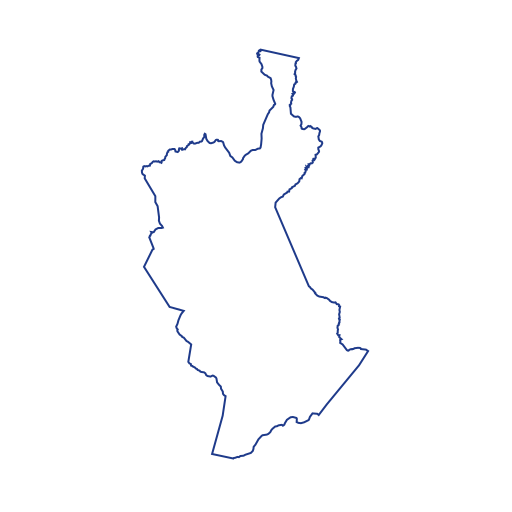 Chibabava, Sofala, Mozambique (Robinson projection), rotated 12°
{"feature_id": "85939544B25886081823580", "entity_name": "Chibabava", "entity_type": "district", "adm_level": 2, "iso_a3": "MOZ", "parent_name": "Mozambique", "parent_adm1": "Sofala", "projection": "robinson", "projection_center": [33.963, -20.299], "detail": "fine", "context": "isolated", "style": "outline", "palette": "blue", "viewbox_px": 512, "rotation_deg": 12, "n_neighbors": 0, "source": "geoboundaries", "source_scale": "gbopen_adm2", "svg_char_len": 6081}
<svg xmlns="http://www.w3.org/2000/svg" viewBox="0 0 512 512"><g transform="rotate(12 256 256)"><path d="M256.8,53.5L218.1,53.2L217.8,53.6L218.0,54.2L217.7,54.7L217.2,54.6L216.9,53.8L216.1,54.6L216.1,56.3L215.0,57.5L215.0,57.9L215.6,58.1L216.4,58.0L217.5,58.3L217.4,58.8L216.0,59.4L216.2,60.7L216.4,61.0L218.2,61.3L218.7,64.1L219.1,65.1L221.5,67.2L222.9,69.6L223.2,70.8L222.5,72.5L222.9,74.5L226.8,76.9L229.3,77.3L230.3,78.1L233.3,79.0L234.2,80.5L234.8,82.3L234.9,83.8L236.2,86.7L238.7,90.0L238.6,95.0L238.9,96.3L240.7,99.6L243.2,103.2L243.1,103.7L242.1,104.6L241.9,106.5L239.0,110.9L238.9,112.9L238.1,114.7L235.8,126.2L236.2,129.6L235.9,135.3L237.1,140.0L237.8,145.8L237.9,149.0L237.4,150.0L235.4,150.7L233.4,152.4L230.7,153.0L229.1,154.1L227.1,157.2L224.9,159.2L224.1,160.3L223.0,163.0L223.1,163.9L222.1,166.4L221.4,167.4L220.4,168.1L217.9,168.2L215.4,167.2L212.4,164.5L210.1,163.5L208.3,160.6L203.2,156.2L201.7,154.4L200.2,151.6L199.8,151.3L198.0,150.8L195.5,151.5L195.1,151.4L194.6,150.3L193.4,150.4L192.6,150.9L191.6,153.1L190.7,153.9L188.5,155.1L187.1,155.1L184.7,153.6L183.0,151.7L181.3,147.4L180.5,147.1L180.2,148.2L180.7,150.4L179.8,152.0L179.3,154.8L178.8,155.4L177.4,155.8L176.4,157.2L175.0,157.5L172.9,158.8L171.6,158.9L170.0,157.9L169.9,157.4L169.5,157.5L169.2,158.9L168.6,159.1L168.4,158.3L168.0,158.3L168.0,159.7L167.0,160.6L167.3,160.9L167.1,161.3L165.6,162.9L165.7,163.8L164.9,164.8L164.4,166.4L163.6,166.4L161.6,167.5L161.3,167.3L161.1,166.1L160.2,166.6L158.6,166.6L158.4,167.5L158.7,169.1L157.8,170.6L155.5,170.5L155.1,169.4L154.1,168.3L152.0,168.7L150.6,169.6L149.6,169.7L148.3,171.3L148.5,172.3L147.8,172.9L147.6,174.8L147.8,175.9L146.7,177.8L146.8,179.4L146.5,179.9L146.3,181.2L144.6,182.0L143.9,182.7L143.9,183.3L144.2,183.9L144.1,184.5L143.0,184.2L142.1,184.4L141.0,183.5L139.7,184.3L138.5,184.1L137.3,184.7L136.3,184.6L135.5,185.3L134.7,186.9L133.4,188.0L133.4,189.7L132.1,190.1L131.2,190.9L129.9,190.9L129.2,191.4L128.0,191.3L127.2,192.0L127.4,194.1L126.6,196.3L127.2,198.3L128.1,199.5L130.6,200.5L131.0,203.2L145.1,218.4L146.3,224.2L149.4,227.7L153.2,238.5L153.7,241.7L155.3,244.3L157.8,246.1L159.0,247.6L157.7,248.3L154.6,248.9L152.2,250.9L151.0,253.9L150.3,254.2L148.5,254.3L149.3,255.2L148.5,256.7L148.5,257.9L148.0,258.3L148.1,258.9L147.7,259.9L154.3,269.9L154.4,270.5L153.4,271.3L148.7,289.9L182.1,323.8L196.7,324.7L195.1,327.8L194.5,329.6L193.5,335.0L193.3,338.7L192.6,341.7L193.6,343.4L194.7,344.1L194.5,345.1L194.8,346.0L197.6,348.7L200.1,349.8L200.6,350.5L202.4,350.9L205.7,353.6L207.4,354.1L211.0,356.0L211.8,373.6L213.2,374.9L214.7,375.2L215.3,376.7L216.7,376.8L217.0,377.2L219.3,377.7L220.6,378.6L221.8,378.8L222.6,379.6L224.7,379.9L225.5,380.6L226.4,380.8L229.4,380.6L230.9,381.3L232.0,382.8L233.5,383.5L236.6,383.4L238.4,382.0L239.4,382.0L242.1,383.2L242.8,384.1L244.2,387.7L246.6,389.7L248.7,391.0L249.4,393.1L251.7,395.5L252.3,397.5L252.7,398.0L253.7,398.8L255.4,399.4L256.6,419.2L254.2,458.8L275.9,458.8L276.1,458.3L277.6,457.7L279.6,456.4L281.1,456.3L282.3,454.9L285.4,453.9L286.9,452.6L291.9,449.7L293.4,447.3L293.6,445.3L293.4,443.1L294.7,440.6L296.5,434.8L298.9,430.8L299.6,430.0L303.8,428.4L305.1,427.4L306.6,425.3L307.2,423.1L308.1,421.5L310.2,418.8L312.0,418.1L313.2,417.0L315.9,415.9L316.6,415.8L317.5,416.4L318.0,416.1L318.8,415.0L319.0,413.6L320.3,409.8L323.3,406.6L325.5,405.8L329.2,406.0L329.8,406.8L330.3,410.0L332.2,410.4L334.7,410.2L337.6,408.7L341.4,405.7L341.8,405.1L342.2,402.1L344.0,398.2L348.8,397.6L350.4,398.5L356.1,386.4L379.5,341.5L385.4,325.7L383.0,324.7L378.0,325.2L377.6,324.6L376.8,324.3L374.8,324.6L371.4,325.8L370.8,326.6L369.4,327.0L369.2,327.4L368.4,327.3L366.8,328.3L366.3,329.2L365.8,329.5L364.5,329.2L359.1,324.5L356.4,323.5L356.2,321.7L355.7,320.7L355.9,320.2L356.9,319.6L354.3,318.1L354.1,316.1L353.0,316.5L351.5,315.0L351.9,314.1L351.5,312.2L351.5,310.8L350.6,309.3L350.4,307.2L351.2,306.5L351.0,305.4L351.4,305.0L351.1,304.1L351.5,303.3L351.1,302.3L351.2,300.9L350.5,300.6L350.1,299.8L350.7,299.1L350.6,298.7L349.4,295.7L349.6,293.3L348.8,291.4L348.8,288.0L347.7,287.9L347.6,286.8L346.8,286.1L345.0,286.3L343.4,284.8L342.2,285.3L339.7,285.3L337.5,284.4L336.7,283.6L333.9,282.4L332.6,282.3L332.3,282.8L331.7,282.8L330.7,282.3L326.3,282.5L324.2,282.0L321.9,280.5L321.4,280.0L321.6,279.7L318.3,277.1L316.4,276.3L315.3,275.2L314.0,274.6L264.6,204.3L264.1,199.7L266.8,194.9L268.3,193.3L269.9,192.3L270.4,190.1L273.3,187.4L273.4,186.5L275.0,186.1L274.9,183.9L276.9,182.2L276.9,181.3L279.5,179.2L279.7,177.8L281.5,176.3L282.8,174.1L282.6,171.8L283.7,170.4L284.5,170.5L284.7,168.0L286.2,166.1L286.5,165.5L286.2,164.7L286.8,164.1L287.0,161.8L286.2,161.3L286.7,160.5L286.2,159.6L286.9,159.4L287.6,159.9L287.5,159.1L287.0,158.2L288.0,158.6L289.0,158.3L289.0,157.9L287.8,157.6L288.0,157.0L289.1,156.3L288.4,155.3L289.1,155.0L289.4,155.1L290.1,154.0L291.3,153.8L292.0,153.0L292.1,152.4L291.5,150.9L292.0,150.4L291.9,149.0L292.4,148.8L293.2,149.6L294.0,147.3L293.2,144.6L294.4,144.0L295.9,141.2L295.9,140.3L294.8,138.7L294.4,137.0L296.3,135.4L296.9,134.3L297.4,132.1L297.0,131.0L296.5,130.5L294.5,130.2L293.2,128.9L292.1,126.0L292.6,124.7L292.5,122.5L292.7,120.9L292.5,120.0L292.0,119.5L289.4,118.1L288.9,118.3L287.9,119.3L285.6,119.3L284.4,119.1L283.8,118.3L283.1,118.2L282.4,117.6L281.7,118.2L280.6,117.8L279.7,118.4L279.5,119.0L277.4,121.5L276.7,122.0L274.7,122.1L274.1,121.8L273.9,120.8L272.5,119.2L273.0,117.7L272.7,115.4L270.6,112.2L269.3,111.2L267.9,110.8L266.1,111.6L264.1,111.6L260.6,109.6L258.8,103.6L257.8,102.2L258.1,101.5L257.7,101.1L258.8,99.7L258.3,98.5L258.4,96.5L258.9,95.8L258.7,95.0L257.9,94.4L257.8,94.0L257.8,92.3L258.7,91.7L258.8,91.2L258.8,90.5L258.0,89.8L258.7,89.3L259.5,89.3L260.1,88.0L259.6,87.5L258.5,87.8L257.8,87.1L257.4,84.9L257.8,82.5L257.7,80.3L258.7,79.3L258.6,78.3L258.8,77.7L259.0,77.4L259.6,77.6L259.9,77.2L259.0,76.2L258.0,73.9L258.0,72.5L257.2,71.6L257.3,71.1L256.6,70.3L255.9,70.0L256.3,68.8L255.9,67.9L256.0,65.8L256.6,64.2L255.8,62.6L254.9,61.7L254.6,59.7L255.0,59.1L254.6,58.2L255.4,56.6L256.5,55.4L256.8,53.5Z" fill="none" stroke="#1e3a8a" stroke-width="2"/></g></svg>